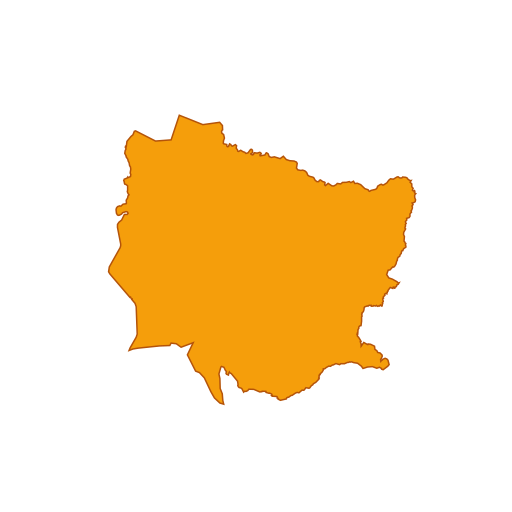 San José Miahuatlán, Puebla, Mexico (Mercator projection), rotated 214°
{"feature_id": "50627088B64695964742161", "entity_name": "San José Miahuatlán", "entity_type": "district", "adm_level": 2, "iso_a3": "MEX", "parent_name": "Mexico", "parent_adm1": "Puebla", "projection": "mercator", "projection_center": [-97.317, 18.226], "detail": "fine", "context": "isolated", "style": "filled", "palette": "amber", "viewbox_px": 512, "rotation_deg": 214, "n_neighbors": 0, "source": "geoboundaries", "source_scale": "gbopen_adm2", "svg_char_len": 6137}
<svg xmlns="http://www.w3.org/2000/svg" viewBox="0 0 512 512"><g transform="rotate(214 256 256)"><path d="M425.8,292.4L426.6,291.4L425.8,287.6L426.5,285.2L427.1,278.9L424.7,274.1L425.5,274.0L425.2,273.1L423.6,272.1L423.4,270.3L422.2,267.7L419.4,266.2L419.2,265.6L416.4,264.5L415.0,263.2L413.4,262.4L411.2,260.1L410.1,259.8L408.4,258.0L406.7,254.4L405.4,253.6L404.5,251.7L405.7,249.6L406.0,249.4L406.5,249.7L406.5,248.4L408.2,246.0L407.8,244.5L406.6,243.8L406.1,243.0L404.9,242.2L403.5,242.6L401.7,242.4L399.3,238.9L398.7,237.4L396.8,236.1L395.5,235.7L395.7,234.2L394.9,232.3L394.8,229.7L392.9,227.2L392.9,226.7L395.2,224.6L395.9,221.7L397.1,221.3L398.4,219.5L398.5,217.6L397.9,216.1L395.6,213.4L394.0,212.6L393.0,212.6L392.0,213.5L390.9,215.6L390.8,217.3L388.6,220.1L387.2,220.6L385.9,219.9L386.0,218.4L388.2,217.0L388.3,216.6L387.5,210.7L388.5,207.4L388.5,204.8L386.9,202.3L374.8,190.2L373.9,188.8L373.3,187.0L371.5,164.9L369.4,160.5L367.1,159.4L337.4,151.2L337.1,151.7L336.7,151.2L334.6,151.2L334.4,150.8L334.6,150.5L329.8,149.1L327.0,147.0L310.8,124.8L309.9,121.6L309.0,109.5L308.4,106.7L306.0,110.1L302.1,113.8L285.7,127.5L277.4,133.6L277.7,136.3L273.0,138.7L267.1,138.5L259.6,149.0L257.6,135.7L241.7,126.8L237.6,127.7L230.7,126.1L217.4,118.2L211.1,115.1L203.7,113.9L199.9,115.1L202.6,117.5L206.9,122.9L211.6,126.1L217.4,134.2L220.8,137.5L223.0,144.2L222.8,145.2L220.3,145.8L217.5,144.1L215.9,143.6L215.2,141.9L214.3,141.5L212.3,141.9L213.0,143.5L213.2,144.9L212.3,144.5L210.7,144.7L201.3,141.9L199.0,139.4L198.8,138.6L197.7,137.8L196.5,137.5L194.7,138.1L193.3,138.0L190.1,136.2L189.8,137.5L188.6,138.1L187.6,139.7L187.4,141.6L183.3,144.2L176.9,145.4L175.2,146.8L175.3,147.3L172.1,149.3L171.4,148.5L168.4,149.5L168.2,149.9L165.8,150.3L164.9,149.7L165.2,149.0L164.2,148.8L160.1,151.2L159.4,150.9L159.1,150.1L158.0,150.3L157.7,149.7L155.1,150.0L150.9,154.5L151.2,155.5L151.0,156.2L149.9,157.3L149.0,159.9L148.1,160.7L146.6,164.5L145.6,165.9L143.9,166.6L142.8,170.6L141.6,171.2L141.1,171.9L141.0,174.7L138.1,176.0L137.7,176.8L137.6,179.5L136.9,180.9L137.0,182.3L135.8,184.6L135.0,189.2L135.3,190.1L135.8,189.9L136.2,191.3L136.8,192.0L136.6,193.2L137.0,193.1L137.0,193.6L136.3,196.7L136.4,198.8L137.1,200.1L136.0,200.8L135.4,202.8L134.1,205.4L132.6,206.2L131.7,208.4L131.1,208.8L129.6,211.5L125.9,212.7L125.5,214.1L122.4,216.2L120.6,219.0L119.7,219.6L119.2,220.6L118.6,220.7L117.6,221.7L115.5,222.2L111.8,223.9L107.1,223.6L104.4,222.6L101.4,226.4L97.6,229.4L93.1,230.5L91.4,232.8L89.1,232.9L88.6,232.4L87.0,232.8L85.1,238.3L84.9,240.4L88.3,243.4L90.0,243.8L91.8,243.4L93.1,241.3L93.1,240.3L93.6,239.7L93.6,238.4L94.0,238.7L94.2,239.6L94.9,240.0L94.8,241.0L95.3,243.5L96.1,244.4L98.9,245.0L101.2,244.1L102.9,245.1L105.2,245.1L107.3,247.5L111.6,246.9L113.8,245.8L113.6,245.3L114.1,244.9L118.3,244.6L118.4,240.1L119.7,241.9L121.6,243.2L121.2,244.0L125.7,246.1L126.7,246.1L127.4,246.5L127.7,247.4L128.6,247.6L128.6,248.5L129.0,249.0L129.0,249.3L128.6,249.2L130.3,252.1L130.3,253.5L131.0,254.4L131.0,255.9L130.0,257.0L132.0,261.0L134.5,264.7L134.4,265.4L135.8,266.8L135.7,267.4L136.3,267.9L135.9,269.9L136.4,271.7L137.4,273.6L137.5,274.5L135.8,276.9L135.1,277.0L134.8,278.2L134.0,278.9L133.4,278.8L133.0,279.5L132.1,279.0L130.8,280.0L130.7,280.7L128.9,281.4L128.5,282.4L127.5,282.2L126.8,282.4L126.4,283.3L125.7,283.5L125.5,284.9L123.9,284.7L123.5,285.2L124.2,286.3L124.3,287.4L125.1,287.8L125.0,289.4L127.0,291.3L126.7,292.4L127.5,292.9L127.6,293.7L127.1,295.4L128.0,296.3L127.5,297.4L126.7,297.7L127.2,298.0L126.6,298.9L127.2,300.0L126.9,300.4L127.3,301.3L127.1,305.0L124.5,305.6L124.8,307.0L124.0,307.3L123.3,306.7L122.9,307.0L123.2,308.2L122.6,309.0L122.7,310.0L123.1,310.7L122.3,312.1L122.4,313.7L122.8,313.1L124.5,313.5L129.9,313.1L133.7,312.1L137.3,313.7L138.5,318.2L137.1,319.4L136.6,323.3L135.6,323.8L135.3,325.3L135.5,327.8L136.4,330.1L136.5,331.7L136.9,332.1L137.4,333.6L137.4,334.5L136.7,336.1L137.3,337.9L137.0,339.2L137.9,341.3L137.9,342.2L137.3,342.5L137.7,344.6L136.7,347.1L137.3,348.1L138.2,348.5L138.8,350.2L139.8,350.2L140.4,350.8L141.6,351.1L143.8,355.1L145.7,356.3L146.8,358.3L147.1,362.1L147.8,362.2L148.5,363.0L148.8,364.5L149.8,365.6L149.7,367.0L150.7,367.4L151.4,368.2L151.1,370.1L152.2,371.4L150.5,373.5L150.6,375.2L151.6,376.4L151.9,377.5L151.6,379.3L152.7,380.1L152.6,381.2L153.1,383.0L153.8,384.2L154.7,384.6L154.5,386.4L156.2,387.2L155.2,388.3L154.4,390.0L155.1,391.8L156.9,393.0L158.3,394.8L158.6,396.1L158.4,397.1L160.0,397.1L160.5,398.5L161.2,398.9L161.8,397.9L163.1,398.0L163.6,400.0L165.5,400.5L167.2,402.9L169.5,403.3L169.6,405.3L170.1,404.8L171.6,404.6L173.3,404.7L174.4,405.2L175.8,405.0L178.6,403.5L178.7,402.5L179.4,401.7L180.9,401.0L182.2,401.2L183.2,400.5L185.1,396.5L187.7,395.2L188.3,393.1L188.4,389.8L190.0,386.2L190.8,385.6L192.0,385.7L192.9,384.8L194.2,381.9L193.7,380.2L194.0,378.3L197.3,374.7L198.0,373.1L198.7,373.0L200.1,373.6L203.4,372.7L209.1,373.7L212.6,373.0L214.6,371.4L217.0,372.5L218.4,369.9L220.2,369.9L222.3,367.6L225.4,365.4L226.1,363.1L229.2,361.6L229.5,359.8L230.7,357.5L232.3,356.6L236.8,356.6L237.8,353.2L238.9,353.4L239.8,355.5L240.5,355.6L242.3,355.0L245.1,355.1L245.7,354.3L245.7,352.6L247.1,351.7L249.4,351.9L251.6,353.1L252.8,353.2L256.2,352.0L258.1,351.9L260.8,353.6L263.1,353.9L265.3,353.3L266.7,352.0L269.5,350.8L271.6,351.5L273.6,355.8L275.0,356.5L277.6,356.0L281.3,353.9L284.8,352.9L289.1,354.0L290.5,350.2L296.2,348.5L298.4,346.3L300.6,345.8L303.1,347.5L304.9,347.5L305.3,346.9L305.1,344.7L308.5,341.4L309.3,341.9L308.8,343.7L309.5,344.1L310.8,344.1L312.6,341.9L315.1,340.7L314.9,338.7L315.5,337.8L316.9,337.5L317.5,337.8L316.6,339.7L318.1,341.7L319.3,342.0L320.1,341.3L320.3,337.1L321.7,335.4L323.4,335.7L325.0,335.2L327.8,335.1L328.8,333.0L329.6,332.7L330.7,333.6L332.7,334.3L333.8,336.6L335.4,336.8L337.0,333.8L337.8,333.7L339.3,334.3L340.6,334.2L340.1,331.4L340.6,330.7L341.1,330.6L341.7,330.9L342.6,332.1L345.4,331.0L346.1,331.1L347.4,333.4L348.1,336.1L350.8,338.6L353.0,338.7L354.2,340.0L354.5,341.1L354.2,341.9L356.8,345.4L360.9,346.5L373.5,335.2L398.3,329.8L391.3,304.8L403.6,295.1L425.8,292.4Z" fill="#f59e0b" stroke="#b45309" stroke-width="1.5"/></g></svg>